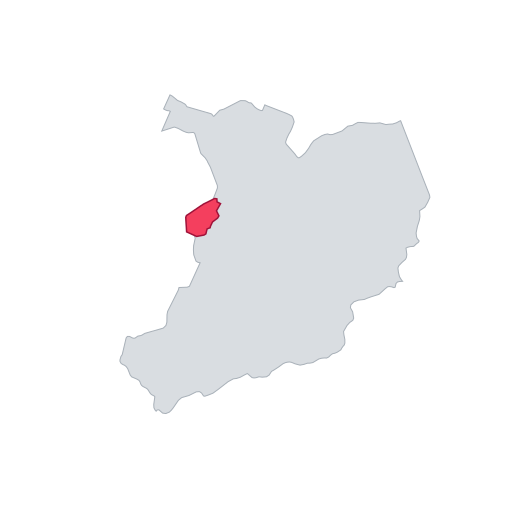 Pariang, Unity, South Sudan (highlighted), rotated 294°
{"feature_id": "79223893B45292827901182", "entity_name": "Pariang", "entity_type": "district", "adm_level": 2, "iso_a3": "SSD", "parent_name": "South Sudan", "parent_adm1": "Unity", "projection": "albers", "projection_center": [30.206, 9.837], "detail": "fine", "context": "in_parent", "style": "filled", "palette": "rose", "viewbox_px": 512, "rotation_deg": 294, "n_neighbors": 0, "source": "geoboundaries", "source_scale": "gbopen_adm2", "svg_char_len": 4178}
<svg xmlns="http://www.w3.org/2000/svg" viewBox="0 0 512 512"><g transform="rotate(294 256 256)"><path d="M396.3,375.5L382.9,389.1L382.0,389.9L380.3,391.0L374.8,391.0L369.2,390.4L364.0,387.0L358.7,389.7L355.4,390.6L353.4,390.9L348.7,391.4L342.1,392.9L339.1,394.7L337.5,396.1L336.2,398.8L335.5,399.0L334.3,398.7L332.6,397.7L329.0,396.2L327.2,392.9L325.6,390.9L324.2,389.8L318.7,393.2L315.9,394.0L313.7,393.9L309.6,392.0L305.2,390.4L302.8,390.5L299.4,392.5L295.5,395.4L293.4,398.4L292.5,400.2L291.1,397.5L289.8,395.8L287.9,395.1L284.1,395.8L283.2,394.9L283.0,392.5L282.4,390.4L281.5,388.8L278.6,387.3L271.1,384.0L265.4,377.6L262.5,374.6L260.4,372.7L257.4,367.6L254.0,364.1L249.9,362.5L247.1,363.3L244.3,367.0L239.0,370.5L236.6,370.6L233.5,368.7L229.6,367.4L222.6,366.7L219.7,368.4L215.9,371.1L212.6,372.6L210.6,372.8L208.8,372.2L206.7,371.8L204.8,371.7L201.1,369.3L199.2,367.5L197.9,365.7L195.8,364.5L193.3,363.5L191.5,362.0L190.7,360.0L189.3,357.5L187.5,355.3L181.8,351.3L180.1,348.9L179.0,346.6L176.6,344.0L174.2,340.6L173.4,335.6L173.3,331.6L172.8,329.7L171.8,327.9L170.6,326.3L168.6,324.5L164.0,321.9L159.2,318.8L156.9,317.1L152.5,316.4L149.9,314.7L147.8,310.9L146.9,307.9L144.8,305.5L143.8,303.8L143.3,301.9L145.1,295.9L142.6,293.8L138.9,291.0L136.2,288.0L134.6,285.3L129.8,281.6L119.3,276.0L113.2,272.5L109.9,269.3L107.1,266.3L106.8,265.0L108.7,262.0L109.1,259.5L107.6,256.7L101.3,251.5L96.4,245.7L92.6,243.8L83.4,242.1L80.8,241.4L78.1,240.3L75.4,237.7L74.5,234.6L76.0,229.8L75.1,228.3L73.6,227.9L74.0,226.8L75.8,224.5L78.7,223.0L86.3,220.8L86.7,219.9L86.9,216.8L87.5,215.3L90.2,211.2L90.6,209.5L90.8,205.9L91.2,204.3L91.9,203.1L94.0,201.0L94.8,199.7L95.1,197.0L95.0,191.6L96.1,189.5L100.9,184.6L102.2,182.4L102.7,180.4L102.7,178.4L103.0,176.5L104.4,174.6L105.7,174.0L109.2,173.5L111.5,173.9L128.3,170.7L130.2,171.2L131.1,173.2L130.9,176.4L131.2,178.0L132.1,179.1L134.7,180.6L136.5,183.2L137.5,184.1L140.1,185.9L152.4,200.6L155.9,202.0L159.3,201.5L166.1,198.6L169.5,197.8L193.1,198.9L195.7,198.5L195.9,198.5L199.5,205.8L201.2,207.5L227.1,207.7L226.6,205.7L226.9,203.3L231.5,198.9L232.2,198.4L236.2,196.3L240.1,194.8L247.6,193.2L250.4,190.6L251.9,188.1L251.9,183.4L252.9,182.6L254.7,181.5L263.4,177.3L264.9,176.4L280.2,186.3L288.8,194.0L289.4,194.4L289.8,194.6L290.3,194.3L290.7,193.9L291.7,193.6L295.4,193.5L302.4,193.1L304.6,192.1L318.6,178.2L322.1,173.7L323.0,172.8L325.0,169.6L327.1,164.2L327.6,163.5L342.8,150.4L343.3,149.3L343.4,148.5L341.1,144.2L340.6,141.9L340.5,138.5L340.9,133.1L340.7,129.8L340.5,128.9L340.4,128.7L331.8,119.1L353.3,118.9L353.3,117.7L353.3,117.3L352.8,116.1L352.6,114.6L352.6,113.8L352.7,113.0L352.7,112.5L352.7,112.1L352.8,111.8L368.2,111.9L368.0,114.6L366.2,121.0L366.3,124.9L365.9,129.2L365.4,130.5L364.6,131.6L364.3,132.1L364.3,132.6L367.7,157.1L367.5,158.1L366.7,159.6L366.4,160.1L366.4,160.5L366.7,160.8L373.9,163.4L374.3,163.5L374.5,163.7L377.1,166.9L391.3,178.3L391.8,178.9L393.3,182.5L393.5,183.1L393.5,184.0L393.5,184.6L393.2,186.8L393.3,187.8L393.6,188.5L393.8,189.2L393.8,189.4L393.6,190.0L391.6,194.2L390.9,197.2L390.8,199.8L390.9,201.2L391.2,202.2L391.4,202.5L391.6,202.7L397.7,202.6L397.6,204.0L398.7,226.1L398.7,228.5L398.5,231.7L397.8,232.9L396.1,234.7L394.0,236.3L388.5,236.8L383.9,236.8L380.6,236.4L376.2,236.3L372.0,236.7L370.5,238.1L365.1,249.9L363.4,252.8L362.9,254.6L363.4,255.6L365.6,257.0L370.4,259.1L375.9,260.3L379.9,260.7L382.7,261.3L384.8,261.9L392.6,267.1L395.1,269.6L396.6,271.8L396.9,274.1L398.1,276.5L405.2,283.7L412.0,287.1L414.6,291.0L417.1,292.8L419.5,294.8L420.8,297.9L423.9,306.7L425.9,311.3L428.0,315.0L428.9,321.2L430.5,323.9L432.2,327.2L434.9,330.2L437.9,332.5L438.4,333.1L409.5,362.2L396.3,375.5Z" fill="#d9dde1" stroke="#a8b0b8" stroke-width="1"/><path d="M277.6,205.8L281.2,201.5L289.4,202.3L289.6,198.4L292.3,197.0L291.7,194.8L291.6,194.7L290.0,193.4L289.7,193.2L285.4,189.7L282.1,186.9L280.2,185.8L279.9,185.5L269.7,179.2L267.0,177.5L264.7,176.0L262.8,176.1L260.0,177.5L257.7,178.7L253.7,180.8L249.8,182.8L249.8,185.4L249.7,193.8L254.0,200.0L255.8,201.2L260.8,200.3L261.6,201.0L263.1,202.6L264.7,202.3L269.4,202.4L275.0,205.5L277.6,205.8Z" fill="#f43f5e" stroke="#9f1239" stroke-width="1.5"/></g></svg>